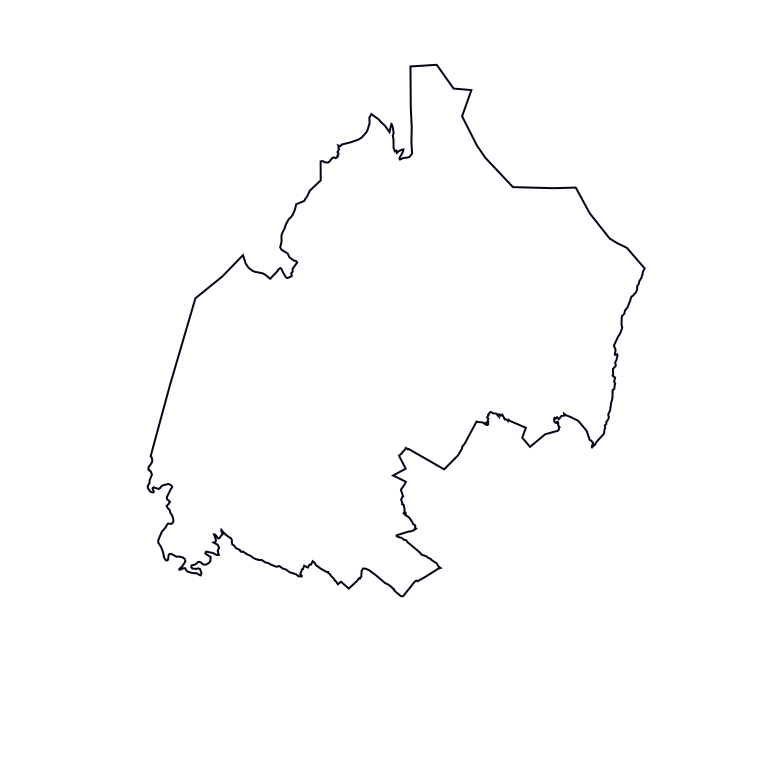 Tlahuapan, Puebla, Mexico (Albers equal-area conic projection), rotated 42°
{"feature_id": "50627088B76497892833902", "entity_name": "Tlahuapan", "entity_type": "district", "adm_level": 2, "iso_a3": "MEX", "parent_name": "Mexico", "parent_adm1": "Puebla", "projection": "albers", "projection_center": [-98.56, 19.351], "detail": "fine", "context": "isolated", "style": "outline", "palette": "ink", "viewbox_px": 768, "rotation_deg": 42, "n_neighbors": 0, "source": "geoboundaries", "source_scale": "gbopen_adm2", "svg_char_len": 6165}
<svg xmlns="http://www.w3.org/2000/svg" viewBox="0 0 768 768"><g transform="rotate(42 384 384)"><path d="M226.0,528.7L258.9,593.8L260.6,594.1L263.0,595.8L264.2,598.3L264.7,603.4L266.1,605.1L266.9,605.5L267.4,604.9L269.5,605.2L272.2,606.6L274.2,612.2L276.2,614.9L276.4,617.2L277.4,618.7L278.7,619.6L282.4,620.3L284.7,619.5L285.2,618.5L284.7,617.8L282.3,616.8L281.8,616.2L281.8,615.1L286.7,612.8L287.3,610.7L287.0,609.4L287.3,607.6L290.6,602.6L293.6,601.6L295.7,602.4L295.9,604.9L298.4,613.5L300.2,614.9L302.5,614.6L303.9,614.9L303.8,616.6L304.3,617.2L304.0,620.0L305.5,620.7L309.2,621.2L311.5,622.7L314.8,623.6L317.8,625.4L319.6,627.2L319.9,629.3L319.4,630.4L317.0,632.1L316.8,632.7L317.7,637.4L317.8,642.6L320.7,651.0L322.6,653.1L327.0,654.1L331.3,656.2L337.0,660.2L339.8,660.9L340.9,660.3L341.1,659.1L338.4,655.2L338.4,653.7L339.5,652.6L345.3,651.2L347.8,648.9L350.9,647.4L353.2,647.4L355.0,648.7L355.3,649.5L356.1,654.9L355.6,658.5L356.2,658.9L357.5,657.2L358.2,655.1L359.4,654.0L361.9,654.8L363.7,654.8L367.7,652.9L371.7,649.9L375.2,649.3L375.9,648.8L374.7,646.5L371.0,644.6L369.4,645.3L368.1,647.1L365.1,649.4L363.4,649.1L362.4,647.6L364.1,645.0L364.8,642.9L364.9,640.7L365.4,640.0L367.5,639.1L369.2,639.2L371.1,638.7L372.7,637.2L373.6,634.0L373.4,631.6L371.0,628.6L365.3,629.5L364.4,629.3L364.0,627.6L370.0,624.0L371.6,623.8L374.5,622.7L375.6,621.6L372.0,619.2L371.0,616.0L367.9,614.8L363.3,615.9L364.3,613.7L364.0,613.0L362.9,612.0L358.3,609.5L359.4,608.9L364.1,609.7L364.9,608.7L364.4,605.5L364.6,603.5L361.3,602.1L360.8,601.2L362.4,601.6L367.8,601.9L373.9,601.1L375.6,601.9L376.7,603.4L378.8,604.8L380.2,604.4L384.2,605.0L387.7,603.7L388.2,604.2L389.9,604.3L390.9,603.8L391.3,602.8L395.8,602.3L400.5,600.8L402.7,600.8L406.4,599.8L407.6,598.8L408.7,598.8L410.2,597.1L411.5,596.5L415.0,596.0L418.6,594.2L419.9,594.2L426.4,591.8L428.0,589.3L432.1,588.9L435.5,587.4L439.6,587.1L446.1,584.2L449.1,584.1L451.6,582.0L451.0,581.5L449.0,581.4L447.1,576.4L447.6,575.8L446.3,572.4L450.2,571.4L449.5,568.0L450.6,567.2L449.6,563.4L451.2,563.5L451.5,563.1L454.5,564.1L460.4,563.6L467.0,562.1L468.0,561.3L468.1,561.8L471.2,561.5L472.4,562.0L478.1,562.4L478.9,563.1L480.3,562.8L483.8,563.7L484.3,559.7L494.7,559.6L495.7,548.9L495.5,544.7L496.3,544.7L496.1,542.5L492.3,537.6L492.0,535.0L493.4,533.8L497.5,532.3L506.5,531.5L518.1,531.2L521.9,530.1L526.6,529.8L527.2,530.2L528.7,529.8L529.2,530.5L532.4,530.6L538.6,530.3L540.2,528.9L539.1,510.0L539.7,508.4L540.9,508.2L543.8,499.5L547.9,485.0L549.1,482.9L546.4,483.2L543.3,482.0L536.9,483.0L535.9,482.7L533.0,483.7L531.1,483.6L525.8,485.8L525.4,485.5L522.8,485.2L507.6,485.8L504.7,485.3L502.9,486.5L501.1,486.4L497.9,487.5L497.4,488.1L495.1,488.6L494.6,488.0L501.3,476.8L502.3,476.0L503.9,473.0L504.5,470.4L503.7,470.8L503.3,469.5L502.6,469.3L502.2,468.5L501.0,468.2L499.8,468.7L496.7,467.5L492.0,466.4L487.2,467.1L484.2,466.8L487.1,466.1L486.1,465.1L484.7,465.2L483.2,463.4L479.5,460.7L477.9,461.2L477.6,460.4L474.1,458.5L473.1,455.3L473.4,454.8L467.3,451.3L466.7,445.7L465.7,442.0L452.0,445.9L456.8,432.4L443.1,427.2L443.7,423.1L443.3,422.7L443.5,418.9L443.1,416.8L445.5,416.5L445.6,415.9L446.7,415.6L485.8,407.2L486.8,387.5L485.2,379.9L484.0,378.0L484.0,374.7L477.9,350.0L479.0,349.6L483.1,346.5L485.4,346.3L485.3,345.5L487.2,346.0L488.3,345.3L488.4,344.2L487.5,343.4L486.3,343.6L486.6,342.3L486.1,342.2L486.1,342.6L485.7,342.1L484.8,339.9L483.0,339.9L482.6,337.3L481.9,337.2L481.8,333.5L485.0,332.6L487.2,330.9L491.1,331.4L489.5,329.9L490.9,328.9L492.1,329.3L492.5,327.6L497.3,329.5L497.6,328.8L498.3,328.9L499.9,328.1L500.9,328.5L500.5,327.3L501.9,327.3L518.7,321.6L522.7,331.4L534.6,333.0L537.4,313.5L544.5,302.4L544.4,300.8L543.3,299.6L543.4,298.6L540.9,298.1L540.1,296.8L538.3,295.7L538.0,296.0L539.3,297.0L537.1,298.1L535.2,297.7L533.7,296.0L533.5,294.9L534.7,294.9L534.9,292.9L537.3,293.2L537.6,292.7L537.2,289.2L539.2,286.7L537.8,285.6L540.3,285.4L544.6,283.7L553.1,281.4L563.8,282.9L566.3,283.4L574.2,287.9L576.1,287.4L577.6,287.9L578.7,287.7L579.3,288.3L579.7,290.4L581.5,292.7L580.8,291.4L581.5,287.9L580.7,285.0L580.7,273.7L578.5,270.6L577.8,268.7L575.8,266.9L575.9,264.8L574.5,263.3L574.5,261.3L573.6,258.4L571.0,256.6L569.5,252.0L565.5,246.2L563.3,241.7L558.0,235.6L558.4,233.6L556.3,230.6L555.7,229.1L553.4,228.2L551.5,224.7L548.3,224.9L547.7,223.3L544.0,219.6L544.1,215.6L543.3,214.6L541.5,213.5L540.5,210.3L538.4,206.4L537.3,206.0L536.6,207.5L535.8,207.7L533.6,204.1L532.2,203.0L529.2,201.7L526.2,192.0L525.7,188.4L523.9,183.9L523.2,182.6L520.8,181.0L515.9,175.2L515.5,174.4L515.5,171.0L513.9,167.9L513.7,164.3L510.9,156.5L510.3,155.8L509.4,153.5L509.9,152.2L509.9,147.3L508.9,144.5L506.7,141.8L506.2,138.6L505.0,137.2L504.2,132.6L503.2,131.0L503.0,129.7L501.4,127.7L500.4,123.7L473.5,120.3L463.4,123.2L454.4,124.9L422.7,119.5L395.1,109.7L378.9,125.1L348.1,151.4L308.1,148.1L293.4,144.6L262.9,132.8L252.3,107.1L238.0,117.9L209.6,111.5L191.2,130.3L218.4,160.1L232.8,174.6L242.5,185.9L250.7,194.0L251.0,198.0L250.0,199.9L247.0,203.4L245.7,206.5L245.0,206.4L244.2,205.4L242.9,199.3L241.5,196.7L240.6,197.8L238.9,201.6L239.2,202.9L238.9,203.8L236.9,202.4L236.4,203.9L233.1,202.1L227.1,195.6L224.3,193.6L223.3,191.1L219.4,187.8L216.3,185.9L215.5,185.9L219.5,193.1L211.8,191.4L205.8,191.4L203.4,190.9L194.0,191.9L194.9,195.8L198.8,199.9L201.9,206.4L202.5,209.0L202.5,215.7L201.6,219.1L198.0,225.9L192.4,234.3L192.4,236.6L190.4,237.4L191.8,238.1L192.4,239.3L193.7,239.7L194.2,242.8L195.8,243.1L196.6,244.0L196.4,245.3L197.5,245.8L197.0,248.5L195.3,249.1L194.3,250.3L194.6,254.9L194.3,256.9L191.5,259.0L189.5,259.2L188.0,261.0L200.7,275.0L199.5,289.9L201.4,296.1L201.7,299.5L202.3,301.2L198.5,309.1L201.4,314.6L203.0,319.8L203.2,321.4L202.9,325.3L204.3,331.1L206.0,334.9L207.6,340.7L209.1,343.0L212.6,346.7L215.4,351.9L218.0,352.8L225.2,351.5L228.8,353.1L234.3,352.6L236.2,351.5L238.2,351.8L239.0,359.5L241.0,361.8L240.9,363.6L243.3,365.6L241.4,369.8L239.8,370.4L234.4,368.7L230.7,367.1L229.4,367.2L228.9,369.0L229.3,371.8L229.0,382.0L221.9,382.3L219.1,383.3L213.4,386.8L210.8,387.8L205.6,388.3L200.8,387.1L193.0,382.6L191.9,412.2L186.5,446.5L226.0,528.7Z" fill="none" stroke="#020617" stroke-width="2"/></g></svg>